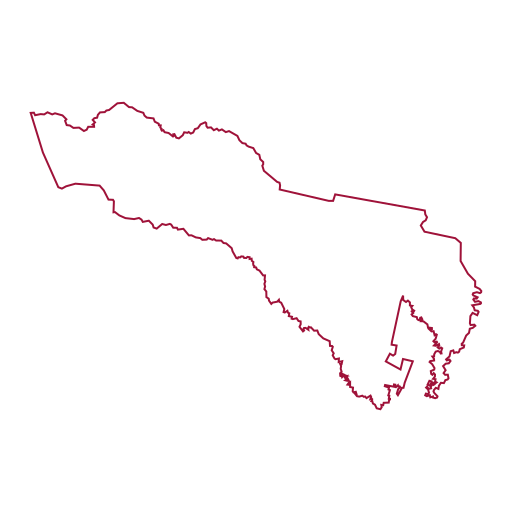 the district of Lules, Tucumán, Argentina
{"feature_id": "61730980B17356077685479", "entity_name": "Lules", "entity_type": "district", "adm_level": 2, "iso_a3": "ARG", "parent_name": "Argentina", "parent_adm1": "Tucumán", "projection": "mercator", "projection_center": [-65.336, -26.881], "detail": "fine", "context": "isolated", "style": "outline", "palette": "rose", "viewbox_px": 512, "rotation_deg": 0, "n_neighbors": 0, "source": "geoboundaries", "source_scale": "gbopen_adm2", "svg_char_len": 6095}
<svg xmlns="http://www.w3.org/2000/svg" viewBox="0 0 512 512"><path d="M108.5,199.6L113.0,199.8L113.9,201.3L113.5,212.3L115.0,212.1L119.3,215.4L125.4,218.1L134.1,219.1L139.0,218.0L141.5,219.6L142.8,221.9L148.8,220.7L152.7,224.6L153.6,227.5L156.7,228.6L162.2,224.0L165.9,225.0L169.8,223.9L171.2,224.6L173.2,227.7L177.0,227.8L177.9,229.6L183.4,228.8L188.9,235.4L191.5,235.3L195.8,237.4L200.3,238.1L202.3,239.8L206.7,239.6L208.1,238.1L212.5,239.8L214.0,239.1L216.0,240.5L221.3,240.6L223.5,243.0L226.2,243.4L231.7,248.2L232.6,251.4L236.3,258.0L237.7,258.4L238.4,257.2L240.2,257.4L241.2,256.4L243.4,256.6L244.0,257.9L246.3,258.0L247.4,256.9L249.6,257.2L249.6,259.0L251.6,258.7L251.8,260.8L253.4,262.0L253.1,263.7L253.5,265.5L254.4,266.1L254.2,267.2L256.2,267.5L256.8,269.3L259.5,270.6L263.1,275.4L265.0,275.4L264.6,279.8L265.3,281.3L264.4,283.9L265.1,286.5L264.4,289.1L266.3,291.5L266.4,297.1L268.7,298.7L269.0,300.6L271.3,303.9L272.6,302.6L277.2,301.7L278.9,299.8L279.3,301.8L281.2,302.7L284.3,309.0L283.6,312.1L284.8,312.5L287.4,310.8L288.0,312.7L289.3,313.3L288.8,316.1L292.0,316.8L291.6,318.7L292.9,319.1L296.6,318.2L298.5,321.0L300.6,321.4L300.7,324.2L299.5,326.8L303.0,331.4L304.1,330.5L303.4,329.0L304.0,328.0L305.6,327.9L308.3,329.7L308.0,328.1L308.8,326.8L310.0,327.6L310.9,327.3L314.1,330.7L317.3,330.5L318.7,334.1L323.3,338.4L329.7,341.2L330.0,345.9L332.1,346.0L332.8,346.8L331.7,350.3L333.7,353.3L332.7,355.3L334.5,358.5L335.5,359.2L338.9,358.5L338.7,362.0L342.2,361.2L341.6,364.1L340.2,364.0L341.1,366.0L340.7,368.8L341.6,371.7L340.1,373.3L340.3,375.9L340.9,376.1L341.1,374.5L342.0,373.7L343.5,374.4L341.9,376.3L342.1,377.1L344.2,374.9L346.7,375.9L344.3,376.5L345.2,378.0L347.2,376.5L346.8,379.4L345.4,380.3L347.2,380.8L348.2,379.4L349.4,381.9L347.5,384.6L349.0,384.8L350.1,383.2L350.1,387.0L353.0,387.6L352.7,391.3L353.5,392.4L355.8,391.8L356.2,393.1L354.9,392.4L354.7,393.3L357.0,396.2L359.2,396.6L362.3,395.7L363.8,396.8L365.1,396.5L366.5,398.1L370.5,395.6L371.1,396.8L370.4,399.0L371.6,398.5L372.2,399.2L371.4,401.1L372.3,401.2L372.9,403.5L375.0,404.7L376.7,408.3L380.4,409.2L381.7,407.2L381.3,404.9L383.2,405.2L383.7,402.8L388.7,402.6L389.1,400.2L390.0,399.5L390.0,398.8L388.8,398.7L389.3,395.7L388.3,395.4L389.9,390.1L388.5,389.5L389.0,387.6L384.8,386.2L385.1,385.0L393.8,386.7L394.0,384.5L395.3,384.7L395.1,386.9L395.9,387.2L397.9,385.3L398.1,386.3L399.6,386.3L400.2,387.2L398.2,389.1L396.8,393.7L397.9,395.2L402.0,387.8L403.5,387.8L404.7,382.7L412.8,361.3L403.0,359.0L400.5,369.5L385.8,361.4L389.9,353.7L393.1,355.6L395.2,354.0L396.6,345.5L391.6,344.7L391.9,342.1L400.7,301.3L403.1,295.6L403.2,300.0L406.0,302.0L407.9,300.6L409.9,302.4L409.9,305.4L412.3,305.9L411.2,307.1L412.2,309.4L414.2,310.7L413.6,311.7L412.5,310.7L411.7,311.3L413.1,313.2L411.6,314.4L412.8,316.1L416.8,317.1L417.3,319.2L418.5,320.1L419.8,319.9L420.2,317.8L421.3,317.4L422.3,319.3L421.0,321.2L423.4,321.3L427.4,324.4L428.0,327.5L431.9,328.0L431.9,329.1L429.4,329.4L431.5,331.4L433.6,331.2L434.6,335.2L436.0,334.2L436.8,334.7L435.6,338.8L433.4,341.2L434.4,342.2L436.7,341.6L437.1,342.2L434.0,345.5L435.8,345.8L439.0,344.1L439.3,345.6L437.7,347.4L439.2,348.6L441.0,347.5L442.2,348.3L441.1,351.4L441.5,353.4L440.7,353.5L440.0,352.0L437.9,351.0L435.7,351.6L434.2,354.3L434.1,356.3L432.4,356.5L434.0,358.8L434.1,360.5L430.2,361.1L429.6,362.0L432.2,364.2L434.5,368.1L434.2,369.6L430.8,371.1L431.2,373.9L432.4,374.8L433.7,373.1L435.0,374.5L434.9,376.6L433.1,378.8L435.5,379.2L435.1,381.6L436.6,382.4L435.6,383.1L433.8,382.8L434.5,384.3L433.5,384.9L431.6,382.8L431.6,381.4L429.4,380.8L427.6,384.6L429.9,385.6L430.8,383.5L431.8,383.6L431.9,385.2L430.7,386.9L431.1,388.3L428.6,388.9L427.1,386.6L426.1,387.6L428.1,389.5L429.0,392.7L428.2,394.1L425.9,393.6L425.2,395.3L426.8,396.2L429.8,395.2L430.3,397.3L432.9,396.5L432.9,397.5L435.2,398.2L437.1,397.5L437.5,396.3L434.4,393.1L433.5,391.5L433.9,390.1L435.8,387.8L438.4,388.9L438.9,385.8L440.9,382.8L443.9,383.1L445.4,380.1L447.6,379.5L448.5,378.3L447.8,374.7L445.1,374.8L443.6,373.1L445.6,370.2L443.1,366.1L445.7,363.7L448.8,363.3L450.5,361.0L449.5,359.6L446.8,360.4L446.1,359.4L449.5,356.4L450.7,351.2L453.3,350.4L454.1,353.0L456.3,352.2L457.9,352.6L459.1,351.7L459.8,349.2L463.8,347.5L464.2,345.4L461.8,345.2L461.7,343.8L463.1,342.6L466.2,335.5L469.0,332.9L469.8,328.7L472.7,327.9L475.3,325.8L474.4,324.7L470.6,325.0L469.9,323.3L470.4,316.1L472.6,312.9L477.2,315.2L478.6,311.9L477.8,310.8L474.7,310.3L473.9,307.4L472.3,305.3L480.4,303.9L481.0,303.2L480.9,302.4L478.4,301.1L475.0,301.8L473.3,299.5L473.9,298.5L476.7,298.6L477.6,297.3L473.3,295.4L472.7,294.5L473.2,293.2L476.9,292.2L479.9,293.1L481.1,292.3L481.3,291.0L479.6,288.9L475.1,286.6L475.2,281.2L467.9,273.7L460.6,261.0L460.8,242.9L455.3,238.2L424.5,231.7L420.8,225.5L423.0,222.0L425.7,220.3L427.0,217.2L425.3,214.4L424.8,210.5L335.2,194.4L333.1,200.9L328.9,200.9L279.7,189.5L280.1,185.3L279.5,182.7L277.1,181.9L263.9,170.8L262.3,165.7L263.2,164.3L263.2,162.0L260.3,159.3L259.3,154.8L256.1,153.0L253.3,148.1L248.6,146.6L246.6,145.4L245.6,143.7L242.4,143.1L239.4,140.2L237.4,135.9L229.0,131.1L225.8,132.1L221.9,129.4L218.9,130.6L216.9,128.7L213.8,130.2L211.0,127.4L207.6,127.7L206.4,126.0L206.2,123.1L205.2,122.3L200.5,124.4L197.8,128.2L194.9,129.1L193.2,132.5L190.8,133.6L188.7,132.0L187.5,132.8L184.2,132.3L182.8,135.2L178.9,138.4L176.3,137.7L174.4,134.1L173.3,134.3L173.7,136.0L173.0,136.5L168.6,133.0L164.6,132.2L163.4,130.2L161.9,130.7L161.2,129.6L161.6,128.9L160.3,127.5L160.7,125.4L158.9,125.3L158.7,123.7L154.8,121.7L153.5,118.4L146.8,117.6L144.5,115.6L143.3,112.8L137.3,110.9L132.1,107.3L129.0,107.1L123.8,102.8L117.4,103.3L109.1,110.0L106.4,110.5L104.8,112.1L100.0,112.4L97.9,114.8L97.1,117.7L94.3,118.2L92.7,119.9L95.0,122.4L92.7,124.5L94.0,125.1L94.1,126.8L88.2,126.8L86.7,129.7L83.9,131.0L79.1,127.6L73.4,127.9L69.9,125.5L66.7,125.1L65.1,120.8L66.4,119.3L62.5,115.4L55.0,113.3L52.2,114.4L47.5,112.3L44.2,114.4L40.6,114.1L35.1,115.2L33.9,112.7L30.7,112.9L42.9,152.5L58.3,187.2L61.9,188.6L66.1,186.3L75.4,183.7L99.6,185.6L103.8,190.4L108.5,199.6Z" fill="none" stroke="#9f1239" stroke-width="2"/></svg>